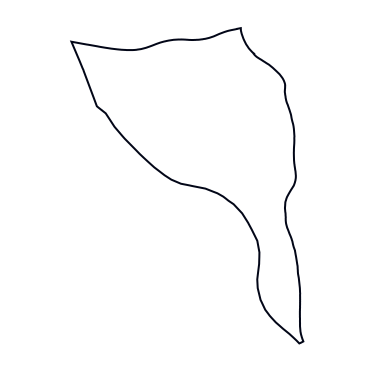 the district of Dordrecht, Zuid-Holland, Netherlands, rotated 85°
{"feature_id": "6326949B98267604037576", "entity_name": "Dordrecht", "entity_type": "district", "adm_level": 2, "iso_a3": "NLD", "parent_name": "Netherlands", "parent_adm1": "Zuid-Holland", "projection": "albers", "projection_center": [4.731, 51.769], "detail": "fine", "context": "isolated", "style": "outline", "palette": "ink", "viewbox_px": 384, "rotation_deg": 85, "n_neighbors": 0, "source": "geoboundaries", "source_scale": "gbopen_adm2", "svg_char_len": 5388}
<svg xmlns="http://www.w3.org/2000/svg" viewBox="0 0 384 384"><g transform="rotate(85 192 192)"><path d="M31.8,299.0L46.6,294.2L51.5,292.6L59.2,290.2L61.1,289.5L61.8,289.4L77.3,285.1L88.8,281.9L98.3,279.3L99.7,277.9L106.1,271.1L112.6,267.6L120.3,263.5L130.0,256.6L133.0,254.4L145.7,243.9L149.4,240.9L153.7,237.1L158.3,232.9L164.2,227.4L168.3,222.9L172.9,217.9L177.9,211.5L182.8,202.3L185.1,194.3L186.1,191.1L189.8,178.3L193.5,170.9L195.5,166.8L199.3,161.3L201.4,159.0L203.8,156.5L207.8,151.6L217.6,143.9L227.7,138.7L228.5,138.4L234.8,135.7L246.3,131.2L258.0,130.1L262.8,130.6L267.8,131.2L269.6,131.4L277.5,133.1L284.7,134.6L287.4,134.7L293.5,134.9L305.5,133.1L307.8,132.2L315.7,129.3L320.0,126.6L322.0,125.4L324.0,123.9L328.8,120.2L329.5,119.6L332.3,116.9L336.2,113.2L341.9,107.3L345.4,104.1L349.1,100.8L352.2,98.3L351.8,97.0L350.6,94.1L349.4,94.4L348.9,94.6L348.4,94.7L347.9,94.9L347.6,94.9L346.8,95.1L346.1,95.3L345.2,95.4L344.5,95.6L343.9,95.7L343.2,95.8L342.7,95.9L342.1,95.9L341.8,96.0L341.3,96.0L340.8,96.1L340.4,96.1L339.8,96.1L339.1,96.1L338.5,96.1L337.9,96.1L337.3,96.1L336.0,96.1L335.5,96.1L334.9,96.1L334.3,96.0L333.6,96.0L333.2,95.9L332.6,95.9L332.2,95.8L331.5,95.8L330.0,95.7L328.2,95.5L326.9,95.4L325.9,95.4L325.0,95.3L324.0,95.2L323.5,95.2L322.8,95.1L322.6,95.1L322.3,95.1L321.8,95.0L321.1,95.0L320.3,94.9L318.8,94.7L318.3,94.7L317.9,94.6L317.7,94.6L317.1,94.5L316.3,94.4L315.6,94.4L315.1,94.3L313.9,94.2L313.4,94.1L312.8,94.1L312.3,94.0L311.7,94.0L310.9,93.9L310.2,93.8L309.5,93.8L308.8,93.7L308.2,93.6L307.6,93.6L307.4,93.6L306.6,93.5L305.1,93.4L303.8,93.3L302.6,93.1L302.4,93.1L302.1,93.1L301.2,93.1L299.4,93.0L297.0,92.9L292.2,93.0L287.1,93.1L282.8,93.5L280.8,93.5L279.1,93.4L277.8,93.4L277.3,93.4L276.0,93.3L275.6,93.3L274.5,93.3L274.0,93.4L269.5,93.7L265.3,94.0L263.5,94.2L259.9,94.5L259.3,94.5L256.0,95.4L253.9,95.8L252.6,96.0L249.9,96.3L248.8,96.6L248.3,96.7L247.3,96.9L245.1,97.5L242.1,98.5L238.8,99.4L236.1,100.2L236.0,100.3L235.3,100.4L233.7,100.7L231.9,101.0L230.2,101.1L229.0,101.1L228.5,101.1L227.2,101.0L226.7,101.0L225.4,100.8L225.1,100.8L224.9,100.8L224.6,100.8L223.6,100.8L222.1,100.7L221.6,100.7L221.2,100.7L220.7,100.7L220.2,100.8L219.9,100.8L219.6,100.8L218.5,100.8L217.8,100.8L217.2,100.8L216.6,100.8L216.2,100.8L215.9,100.7L215.6,100.7L215.2,100.7L214.9,100.6L214.5,100.5L214.1,100.5L213.7,100.4L213.3,100.3L212.8,100.3L212.4,100.2L211.9,100.1L211.6,100.1L211.1,100.0L210.8,100.0L210.2,99.8L209.4,99.6L209.1,99.4L207.9,98.9L207.3,98.7L207.0,98.6L205.8,98.0L205.5,97.9L203.8,96.8L202.0,95.6L200.3,94.4L198.5,93.1L196.7,91.7L196.4,91.5L195.9,91.1L195.6,90.9L195.4,90.7L195.2,90.5L194.9,90.4L194.7,90.2L194.2,89.9L193.8,89.7L193.6,89.6L193.2,89.4L192.9,89.3L192.7,89.2L192.3,89.0L191.8,88.8L191.4,88.6L190.9,88.5L190.5,88.3L190.1,88.2L189.7,88.0L189.3,87.9L188.8,87.8L188.4,87.7L187.8,87.5L187.7,87.5L187.1,87.4L186.7,87.3L185.9,87.2L185.6,87.2L185.0,87.1L184.1,87.1L183.8,87.1L183.1,87.1L182.3,87.1L181.6,87.1L181.0,87.1L180.8,87.1L180.6,87.1L180.4,87.1L180.2,87.1L179.8,87.2L179.2,87.2L178.5,87.3L177.8,87.3L177.2,87.3L176.6,87.4L175.7,87.4L175.1,87.5L174.4,87.5L173.7,87.5L172.7,87.6L172.1,87.6L169.5,87.6L164.4,87.3L161.5,87.1L160.1,86.9L158.0,86.7L156.6,86.5L154.6,86.2L152.7,85.9L151.0,85.7L149.2,85.5L147.4,85.4L145.9,85.2L145.6,85.1L145.3,85.1L144.8,85.1L139.5,85.0L137.6,85.0L136.1,85.1L135.6,85.1L134.7,85.2L133.6,85.3L133.0,85.4L131.9,85.6L130.9,85.8L128.4,86.2L127.6,86.3L126.7,86.4L125.4,86.5L124.1,86.6L122.9,86.8L120.3,87.4L119.3,87.6L116.9,88.2L114.1,88.9L113.9,88.9L113.3,89.1L112.7,89.3L112.1,89.5L111.8,89.6L111.4,89.7L110.6,89.9L109.9,90.0L109.3,90.2L109.1,90.2L108.8,90.2L108.1,90.3L107.1,90.4L106.6,90.5L106.2,90.5L105.8,90.5L105.2,90.5L104.1,90.6L103.1,90.7L102.7,90.7L102.3,90.7L102.0,90.7L101.8,90.7L101.2,90.8L100.8,90.8L100.5,90.8L100.3,90.8L100.1,90.8L99.8,90.7L99.6,90.7L99.4,90.7L99.1,90.6L98.7,90.6L98.3,90.5L98.0,90.5L97.6,90.4L97.2,90.3L96.9,90.3L96.6,90.2L96.2,90.2L95.9,90.1L95.6,90.1L95.3,90.1L95.0,90.0L94.7,90.0L94.3,90.0L94.2,89.9L92.7,89.9L91.1,90.2L89.0,90.8L87.3,91.5L86.1,92.1L82.3,94.5L78.4,97.9L75.3,100.7L71.8,104.3L70.8,105.7L69.5,107.4L69.0,108.0L68.6,108.5L68.2,109.1L66.2,111.6L65.3,112.9L64.6,113.8L64.2,114.3L64.0,114.6L63.1,115.7L62.7,116.1L62.0,116.8L61.6,117.1L61.2,117.5L60.9,117.7L59.7,118.5L59.5,118.2L57.9,119.8L55.7,121.5L53.8,122.9L51.9,123.9L49.6,125.2L46.3,126.5L43.8,127.4L41.1,128.1L38.8,128.7L35.5,129.2L33.0,129.1L33.4,132.8L33.5,132.8L33.8,135.2L34.2,138.9L34.5,141.2L34.8,142.9L35.3,145.1L35.4,145.6L36.2,148.5L36.9,151.0L38.2,154.8L38.9,156.9L39.3,158.6L39.9,161.1L40.0,161.6L40.6,165.6L40.6,166.5L40.7,167.6L40.8,168.4L40.8,169.5L40.9,171.1L40.9,172.9L40.8,173.6L40.8,174.6L40.8,175.4L40.7,176.3L40.7,177.1L40.7,177.8L40.6,178.3L40.4,180.4L40.1,182.6L39.9,183.6L39.9,183.8L39.6,185.6L39.2,188.7L39.2,189.2L39.1,189.4L39.1,189.5L39.1,190.3L39.1,190.6L38.9,192.2L38.9,192.9L38.8,196.7L38.8,197.2L39.1,202.0L39.2,202.8L39.4,204.7L39.5,205.0L39.6,206.1L39.7,206.8L40.0,208.5L40.4,210.6L41.4,214.5L42.7,218.9L43.7,222.6L43.8,223.1L44.1,224.2L44.4,225.5L45.2,230.3L45.4,234.1L45.5,234.7L45.5,236.2L45.5,237.4L45.4,239.1L45.3,240.5L45.1,242.3L44.9,244.9L44.8,245.2L44.2,249.6L43.4,253.9L42.2,259.7L41.2,263.8L40.7,265.9L40.1,268.2L39.9,269.0L39.3,271.3L38.6,273.7L36.7,280.8L36.2,282.7L35.9,284.0L34.6,288.8L33.2,293.9L31.8,299.0Z" fill="none" stroke="#020617" stroke-width="2"/></g></svg>